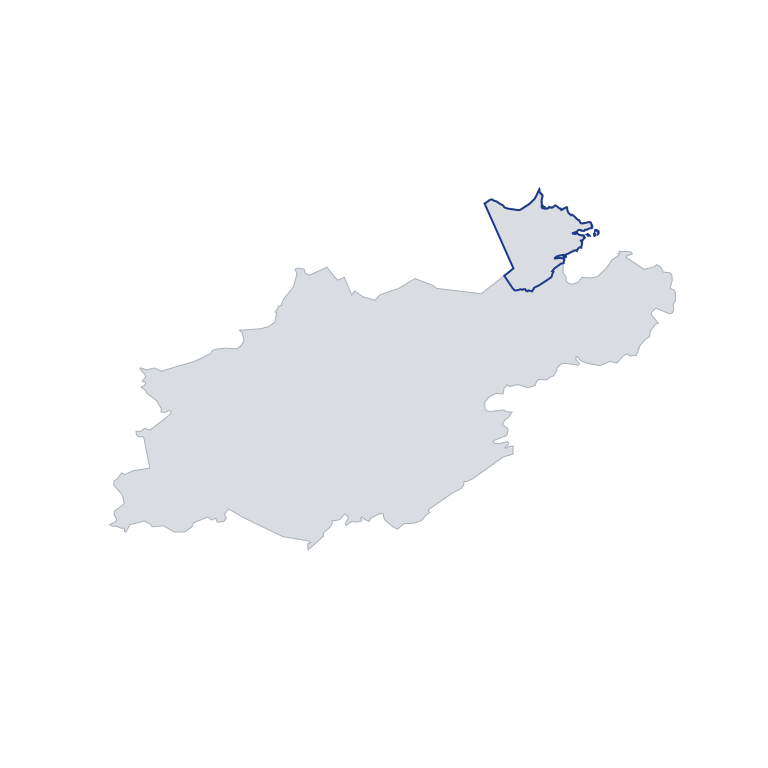 Mangghystau highlighted on a map of Kazakhstan, rotated 157°
{"feature_id": "KAZ-3236", "entity_name": "Mangghystau", "entity_type": "Region", "adm_level": 1, "iso_a3": "KAZ", "parent_name": "Kazakhstan", "parent_adm1": "", "projection": "robinson", "projection_center": [52.321, 43.87], "detail": "fine", "context": "in_parent", "style": "outline", "palette": "blue", "viewbox_px": 768, "rotation_deg": 157, "n_neighbors": 0, "source": "natural_earth", "source_scale": "10m", "svg_char_len": 9506}
<svg xmlns="http://www.w3.org/2000/svg" viewBox="0 0 768 768"><g transform="rotate(157 384 384)"><path d="M456.2,493.0L452.7,494.5L450.8,497.1L448.1,496.3L443.5,501.3L429.2,508.9L421.0,519.5L421.1,524.4L418.6,524.5L412.6,520.8L413.3,516.6L410.2,513.3L390.9,513.7L386.5,497.9L378.8,497.7L379.0,478.6L374.5,480.8L369.2,472.4L359.5,464.6L352.4,467.8L333.1,466.3L314.2,468.9L300.7,455.8L298.1,451.4L259.3,429.1L219.7,439.8L220.9,510.9L212.3,511.4L203.0,498.5L191.4,491.3L174.6,494.9L165.8,502.0L165.3,495.8L167.7,489.5L167.4,483.1L156.4,480.9L152.0,475.4L147.0,475.1L147.1,469.1L143.4,463.9L139.9,455.3L132.1,452.8L130.9,450.1L131.6,447.8L133.4,447.0L140.4,446.9L145.3,449.4L151.0,448.8L147.4,447.1L142.7,441.2L149.1,432.9L164.7,432.0L176.6,433.4L170.0,428.8L175.6,417.0L174.5,411.5L176.1,407.8L174.5,404.3L172.2,402.4L165.5,401.7L160.3,404.8L152.3,400.9L145.6,399.4L133.9,403.8L125.7,409.2L117.4,410.7L117.6,412.8L116.4,412.3L115.2,413.2L115.6,414.2L106.1,409.8L104.6,408.2L104.8,406.6L110.4,407.1L111.5,405.8L99.8,388.0L89.4,386.2L86.5,387.4L83.5,383.4L83.3,378.0L77.2,374.5L76.5,371.5L78.1,367.0L83.2,360.4L79.9,356.3L80.3,353.7L83.0,347.0L86.9,344.2L88.3,339.1L91.0,336.7L94.0,337.1L103.2,346.9L104.7,347.5L109.6,345.6L110.9,344.0L107.8,332.7L110.6,333.0L118.4,328.3L121.0,323.9L125.9,323.0L133.2,319.5L140.4,311.8L145.9,313.4L148.6,316.6L152.5,316.4L161.5,312.2L166.8,316.5L178.1,316.5L190.1,324.7L194.4,329.6L195.2,333.3L196.4,334.2L197.8,331.9L196.2,326.5L197.6,325.3L208.4,331.8L213.3,333.3L218.7,330.9L220.1,328.4L225.2,325.1L227.1,325.8L232.9,324.3L239.4,327.6L242.5,326.9L245.2,323.8L252.9,324.3L261.0,331.2L269.6,332.6L270.7,335.0L275.0,333.3L278.4,328.3L284.0,331.5L291.8,331.2L298.3,328.1L300.8,321.2L300.2,319.4L297.3,317.2L283.7,313.3L282.5,311.0L277.1,308.0L282.7,304.4L286.3,303.9L290.9,300.5L287.3,294.1L291.1,288.6L304.7,289.1L306.2,287.9L305.1,286.0L299.8,283.8L293.0,282.7L292.4,281.7L293.2,279.7L297.6,278.2L296.7,277.2L293.4,277.7L289.4,276.4L292.7,269.0L302.9,270.3L339.2,262.1L345.9,261.9L348.3,263.0L350.3,259.7L353.6,257.7L364.3,256.8L391.7,251.0L392.8,249.6L392.1,247.7L396.6,246.9L402.7,243.5L410.2,244.1L420.6,247.6L428.3,245.0L431.1,248.3L436.3,258.1L436.3,262.5L435.1,264.4L435.8,265.3L439.4,266.4L449.0,265.5L451.4,263.2L454.8,267.0L456.1,270.4L458.0,269.4L457.4,267.6L458.2,266.8L462.5,267.3L467.4,270.1L474.2,268.5L474.0,270.6L469.1,274.8L469.1,276.8L471.2,279.7L477.4,276.4L482.6,277.3L484.9,278.9L486.0,275.9L491.1,272.6L496.6,271.3L498.6,269.9L499.2,267.6L518.6,261.0L516.8,266.6L513.4,266.5L514.6,268.9L536.8,283.0L565.9,316.3L575.8,329.7L581.8,326.5L581.4,322.1L585.3,320.0L591.5,321.9L591.3,326.1L596.1,326.3L598.0,330.4L613.4,330.6L616.8,327.5L625.3,325.6L634.9,329.7L642.4,339.7L653.1,343.1L653.8,346.2L658.2,351.5L672.9,353.8L679.4,348.5L680.5,350.0L679.4,352.6L682.4,354.0L685.9,357.8L689.7,359.2L691.5,361.7L683.8,362.4L683.0,364.5L683.6,369.1L681.7,372.3L670.0,375.1L668.1,384.0L672.3,396.7L670.3,400.3L666.5,400.8L660.3,404.7L658.1,402.0L648.1,402.1L632.4,398.0L626.1,428.4L626.5,429.8L631.2,431.6L631.7,434.1L630.7,437.3L626.5,435.5L621.7,436.6L617.2,433.0L592.9,439.6L590.3,442.0L592.4,443.6L596.4,443.4L600.2,445.2L598.6,448.4L599.7,457.2L605.6,467.5L606.5,472.4L608.8,475.3L608.4,476.4L606.2,475.9L602.9,477.6L602.9,478.9L605.6,480.9L600.7,483.6L600.3,485.7L602.8,493.2L602.1,494.1L597.0,489.8L589.1,488.4L583.7,482.8L549.7,478.9L531.8,479.6L528.8,482.0L524.6,481.6L515.7,478.8L505.6,473.8L501.6,474.7L495.9,478.4L494.5,486.3L496.0,489.9L476.2,483.1L468.0,481.9L460.3,483.6L455.2,491.2L456.2,493.0ZM129.9,442.5L128.5,443.0L127.0,440.9L127.5,438.9L128.8,438.2L127.7,440.7L129.9,442.5ZM168.6,431.9L167.3,431.5L166.7,430.7L168.3,429.8L168.6,431.9Z" fill="#d9dde1" stroke="#a8b0b8" stroke-width="1"/><path d="M213.5,512.1L213.0,512.0L212.6,511.7L212.2,511.5L212.0,511.2L211.5,510.2L211.3,509.9L211.1,509.6L210.1,509.0L209.5,508.5L209.0,508.0L206.9,504.7L204.5,501.7L204.4,501.4L204.3,501.0L204.3,500.6L204.4,500.2L204.4,499.9L204.2,499.5L203.8,499.1L201.1,496.8L192.5,491.6L191.4,491.2L190.2,491.1L180.2,492.8L176.8,494.0L175.9,494.5L173.4,495.3L170.0,497.9L164.9,502.6L164.9,502.3L165.0,501.8L165.6,500.4L165.7,499.7L165.6,498.9L165.5,498.5L165.3,498.2L165.0,497.9L164.8,497.8L164.8,497.5L164.9,496.9L164.9,496.7L164.3,496.0L164.5,495.7L164.6,495.4L164.7,495.0L164.8,494.6L164.9,494.3L165.6,493.9L166.4,492.5L167.3,491.3L167.4,491.1L167.5,490.9L167.5,490.3L167.5,490.1L168.0,489.7L168.2,489.3L168.2,488.8L168.5,488.1L168.6,487.4L168.6,486.7L168.4,485.9L168.0,485.1L167.7,484.6L167.0,484.3L166.9,483.8L166.9,483.4L167.0,483.3L167.1,483.5L167.3,483.9L167.4,484.3L168.4,484.9L168.5,485.0L168.9,486.0L169.0,486.3L169.3,486.3L169.5,485.9L169.7,485.4L169.7,485.1L169.6,484.2L169.2,483.6L168.6,483.3L167.9,483.3L167.8,482.8L167.0,482.3L165.4,481.8L163.6,481.7L163.4,481.7L163.0,481.9L162.7,482.5L162.3,482.3L161.3,481.0L160.7,480.6L160.3,480.6L158.9,480.8L157.9,481.1L157.3,481.5L157.0,481.6L156.6,481.5L155.7,480.5L154.9,479.2L154.8,478.9L154.6,478.2L154.4,477.8L153.7,477.1L153.5,476.7L153.1,476.6L152.9,476.5L152.9,476.2L153.0,475.9L153.1,475.7L153.0,475.3L152.8,474.9L152.6,474.7L152.0,475.0L151.2,475.0L150.8,475.0L150.5,475.4L150.3,475.4L149.6,475.2L148.1,475.4L146.7,475.4L146.5,475.2L146.5,474.8L147.1,473.2L147.3,472.4L147.4,469.9L147.3,469.5L146.8,468.4L146.7,467.6L146.4,467.3L145.8,466.9L145.7,466.6L145.7,466.3L145.2,466.4L144.9,466.3L144.6,466.2L144.2,465.6L142.8,462.9L142.7,462.6L142.6,462.1L142.3,461.6L142.3,461.0L142.3,460.8L142.2,460.6L141.7,460.3L141.6,460.1L141.5,459.7L141.3,459.4L141.1,459.0L140.9,458.9L140.4,458.7L140.2,458.3L140.3,457.7L140.3,456.1L140.1,455.4L139.7,454.9L139.1,454.5L137.8,454.0L132.3,453.0L131.6,452.8L131.3,452.6L130.9,452.3L130.6,451.9L130.5,451.5L130.6,450.6L130.7,450.2L130.6,449.8L130.7,449.7L130.5,449.4L130.4,448.7L130.5,448.1L130.7,447.7L130.9,448.3L131.2,448.0L131.3,447.5L131.4,447.2L131.6,447.1L131.6,446.6L131.7,446.4L131.8,446.3L132.0,446.3L132.3,446.5L134.7,447.0L135.5,446.9L136.2,446.7L136.6,446.7L136.8,447.0L137.0,447.1L138.4,447.1L138.6,447.3L138.8,447.4L139.1,446.9L139.4,446.8L140.2,446.8L140.6,446.9L140.9,447.1L141.5,447.5L141.9,448.0L142.1,448.1L142.4,448.1L142.6,448.1L142.7,448.3L142.5,448.5L142.4,448.5L142.6,448.8L143.0,449.1L144.3,449.6L144.7,449.7L145.2,449.7L145.7,449.6L146.0,449.4L146.9,448.6L147.0,448.5L147.1,448.4L147.6,448.4L148.2,448.2L148.5,448.2L148.3,448.9L148.8,449.0L149.8,448.8L150.9,449.2L151.2,449.2L151.4,448.9L151.4,448.7L151.1,448.4L150.9,448.2L150.0,447.8L149.4,447.3L149.0,447.2L148.2,447.4L147.5,447.5L147.1,447.2L146.5,445.7L146.2,445.2L145.7,444.7L144.4,444.0L144.0,443.6L143.5,443.6L143.3,443.5L143.3,443.4L143.1,443.2L142.1,442.7L142.0,442.4L141.9,441.9L142.0,441.5L142.4,441.3L142.5,441.1L142.5,440.9L142.4,440.8L142.3,440.7L141.9,440.6L141.8,440.4L141.9,440.1L142.3,439.9L142.7,439.8L143.0,439.8L143.4,439.8L143.6,439.8L143.8,439.6L144.1,439.2L144.9,438.7L145.3,438.5L145.6,438.5L145.9,438.6L146.5,439.2L146.8,439.2L146.8,438.6L146.4,438.0L146.4,437.8L146.6,437.1L146.4,436.6L146.7,436.0L147.2,435.4L147.2,435.1L147.4,434.8L148.8,433.4L148.9,433.1L149.0,432.6L149.1,432.3L149.3,432.4L149.7,433.1L150.3,433.3L151.0,433.3L151.8,433.1L152.3,432.8L152.8,432.4L153.0,432.3L153.3,432.3L153.5,432.2L153.7,431.9L154.1,431.2L154.4,431.0L154.5,431.2L154.7,431.4L154.8,431.7L154.9,432.0L156.2,432.2L156.5,432.3L156.9,432.6L157.2,432.7L157.4,432.6L157.9,432.3L158.2,432.2L158.6,432.2L159.2,432.4L159.5,432.4L164.3,431.9L165.0,432.1L166.1,431.9L166.8,432.1L169.5,433.1L171.0,433.3L171.8,433.6L172.2,433.7L173.6,433.6L174.0,433.7L174.8,434.0L175.2,434.0L175.6,433.9L176.2,433.6L176.7,433.4L176.9,433.2L177.3,433.3L177.6,433.2L177.7,432.8L177.4,432.7L175.8,432.4L175.4,432.0L174.8,431.9L174.1,431.7L172.1,430.9L171.8,430.8L171.6,430.7L171.2,430.3L171.1,430.2L170.5,430.1L169.8,429.8L169.5,429.7L169.6,429.4L169.4,429.1L169.6,428.8L169.6,428.6L169.5,428.3L169.5,427.9L169.6,427.5L169.8,427.3L170.1,427.2L170.3,427.1L170.5,426.7L170.8,426.0L171.4,425.1L174.1,425.6L181.8,423.9L185.2,422.1L184.2,421.2L185.6,419.9L188.1,417.0L189.3,416.7L190.2,416.7L190.7,416.4L202.7,414.2L208.0,414.0L211.5,411.4L214.6,413.8L215.6,413.2L216.9,414.3L217.0,416.1L218.7,416.8L220.2,416.7L220.8,417.5L221.7,418.0L223.3,417.9L224.5,418.3L225.3,418.3L227.0,419.0L228.1,421.5L231.0,436.6L219.7,439.8L220.9,510.9L219.8,510.8L219.3,510.9L217.9,511.5L216.4,511.7L215.5,512.0L213.5,512.1ZM168.8,430.9L168.9,431.6L168.9,432.0L168.6,432.1L167.8,431.9L167.2,431.5L166.8,431.0L166.6,430.6L166.8,430.3L167.3,430.0L167.3,429.8L167.3,429.7L167.9,429.7L168.2,429.8L168.5,430.1L168.8,430.9ZM129.7,443.0L129.3,443.2L128.8,443.2L128.3,442.9L128.0,442.7L128.0,442.3L127.9,442.0L127.7,441.8L127.1,441.2L126.9,440.7L126.9,440.3L127.7,438.6L127.9,438.5L128.1,438.4L128.9,438.2L128.8,438.5L127.9,439.0L127.7,439.4L127.6,439.7L127.4,440.2L127.4,440.5L127.4,440.8L127.5,441.1L128.0,441.1L128.0,441.6L128.0,442.0L128.2,442.4L128.7,442.6L129.0,442.8L129.8,442.5L130.0,442.4L129.7,443.0ZM131.1,439.5L131.4,438.4L131.6,438.2L132.2,438.2L132.4,438.1L132.5,438.1L132.6,438.3L132.4,438.7L132.3,438.9L132.2,439.0L132.2,439.8L132.1,440.2L131.8,440.5L131.4,440.6L131.2,440.4L131.1,440.0L131.1,439.5ZM138.5,441.7L138.9,442.3L138.5,442.3L138.3,442.3L138.1,442.4L137.9,442.5L137.8,442.3L137.9,442.1L137.7,441.9L137.8,441.7L137.7,441.4L137.0,441.0L136.8,440.7L136.8,440.4L137.0,440.6L137.3,440.9L137.6,441.0L137.8,440.9L138.0,440.6L138.2,440.8L138.4,440.9L138.5,441.1L138.5,441.7Z" fill="none" stroke="#1e3a8a" stroke-width="2"/></g></svg>